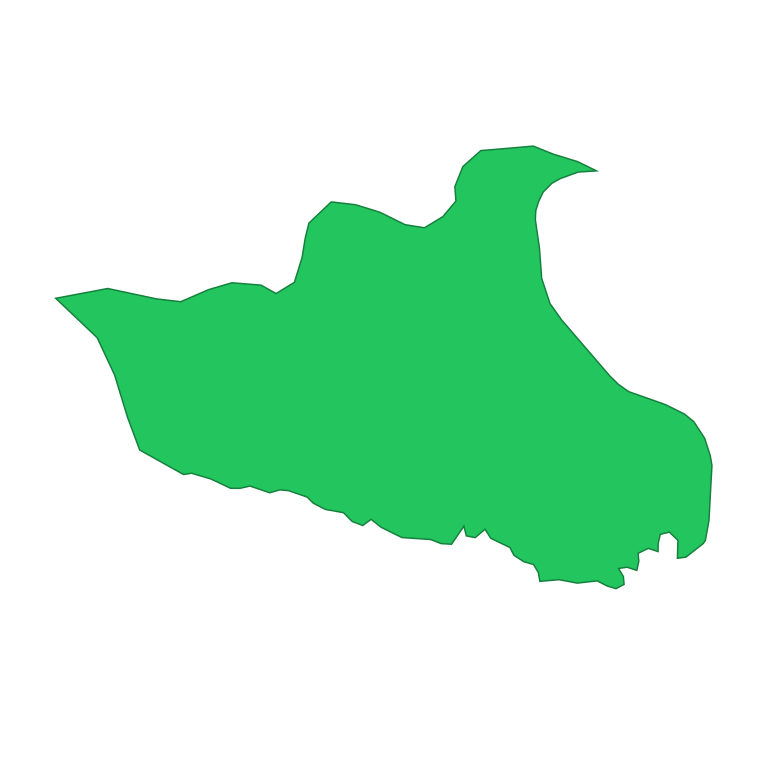 the district of Yonsan, Hwanghae-bukto, North Korea, rotated 175°
{"feature_id": "82179303B92685512874627", "entity_name": "Yonsan", "entity_type": "district", "adm_level": 2, "iso_a3": "PRK", "parent_name": "North Korea", "parent_adm1": "Hwanghae-bukto", "projection": "robinson", "projection_center": [126.278, 38.867], "detail": "fine", "context": "isolated", "style": "filled", "palette": "green", "viewbox_px": 768, "rotation_deg": 175, "n_neighbors": 0, "source": "geoboundaries", "source_scale": "gbopen_adm2", "svg_char_len": 1469}
<svg xmlns="http://www.w3.org/2000/svg" viewBox="0 0 768 768"><g transform="rotate(175 384 384)"><path d="M464.7,271.3L453.4,264.2L435.5,259.3L427.7,249.8L417.5,244.9L408.6,250.3L399.2,241.4L379.6,229.5L351.1,225.0L340.9,220.0L330.7,218.5L316.8,235.4L315.2,225.5L306.6,223.0L296.0,230.5L291.1,221.0L272.8,210.1L269.5,202.1L260.1,194.7L250.8,191.2L246.7,182.8L245.9,173.8L226.7,173.8L208.8,168.8L188.8,169.3L179.4,163.4L170.8,159.9L162.3,163.4L162.3,171.3L166.4,179.8L157.8,180.3L148.4,176.3L145.6,185.2L145.6,193.2L135.0,197.2L125.6,193.2L124.8,201.1L121.9,210.1L112.6,211.6L104.8,202.6L106.9,184.8L98.3,185.2L79.9,197.2L77.5,200.1L72.2,219.5L67.8,250.5L64.4,274.2L65.2,284.1L69.3,302.0L78.6,319.4L87.2,327.8L105.2,338.8L141.0,355.1L150.4,363.1L158.1,372.0L201.4,432.2L211.6,449.6L217.7,475.4L217.3,505.7L218.9,534.5L217.7,543.4L214.0,552.4L208.7,561.3L199.3,569.3L190.7,573.2L172.3,578.2L153.8,577.8L168.5,586.7L171.7,588.6L195.5,598.3L214.6,608.0L243.3,608.0L267.2,608.1L286.5,593.7L296.2,574.5L296.4,560.0L310.8,545.6L330.1,536.1L349.2,540.9L373.0,555.4L396.8,565.1L420.7,570.0L444.8,550.8L449.7,536.4L454.6,517.1L464.4,493.1L483.6,483.5L497.9,493.2L526.6,498.1L550.5,493.3L579.3,483.7L603.2,488.6L650.9,503.2L703.6,498.0L665.7,455.1L651.6,416.5L642.4,373.2L633.1,339.5L591.6,311.3L583.5,311.9L564.8,304.5L546.0,293.5L536.6,292.6L526.4,294.0L507.3,285.6L497.0,287.6L488.5,286.1L470.5,278.1L464.7,271.3Z" fill="#22c55e" stroke="#15803d" stroke-width="1.5"/></g></svg>